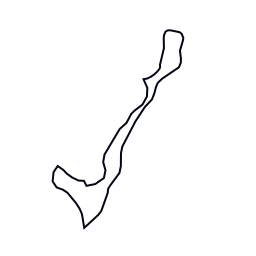 the District of Cat Island, rotated 62°
{"feature_id": "BHS-5030", "entity_name": "Cat Island", "entity_type": "District", "adm_level": 1, "iso_a3": "BHS", "parent_name": "The Bahamas", "parent_adm1": "", "projection": "albers", "projection_center": [-75.539, 24.414], "detail": "fine", "context": "isolated", "style": "outline", "palette": "ink", "viewbox_px": 256, "rotation_deg": 62, "n_neighbors": 0, "source": "natural_earth", "source_scale": "10m", "svg_char_len": 918}
<svg xmlns="http://www.w3.org/2000/svg" viewBox="0 0 256 256"><g transform="rotate(62 128 128)"><path d="M188.6,190.4L190.8,195.1L195.6,213.5L182.5,209.1L176.5,208.6L169.7,209.2L156.6,211.9L152.0,214.4L146.9,218.9L139.7,219.6L132.0,214.4L128.6,207.9L134.9,204.7L139.2,203.6L145.4,200.6L151.1,196.4L154.0,191.7L159.6,191.8L162.1,183.2L160.9,172.8L154.9,167.8L146.4,165.9L140.4,161.2L125.0,135.8L122.7,126.8L117.1,118.6L115.8,114.3L114.1,104.2L109.2,96.6L101.7,92.1L92.2,91.4L93.3,88.0L93.5,84.2L93.1,80.2L92.2,76.4L90.6,72.5L89.2,71.0L87.2,70.1L74.4,58.8L65.1,54.1L62.6,52.3L60.6,49.6L60.4,47.2L61.7,44.6L67.7,37.4L70.1,36.4L74.5,36.9L76.4,38.3L84.1,45.8L91.6,48.7L95.1,50.7L98.3,54.5L100.5,74.8L102.2,80.7L105.0,84.1L109.7,88.4L114.0,93.4L117.4,103.3L125.5,118.1L141.7,141.7L146.9,146.0L158.3,152.2L163.7,156.7L170.9,171.8L172.6,174.3L175.8,176.4L188.6,190.4Z" fill="none" stroke="#020617" stroke-width="2"/></g></svg>